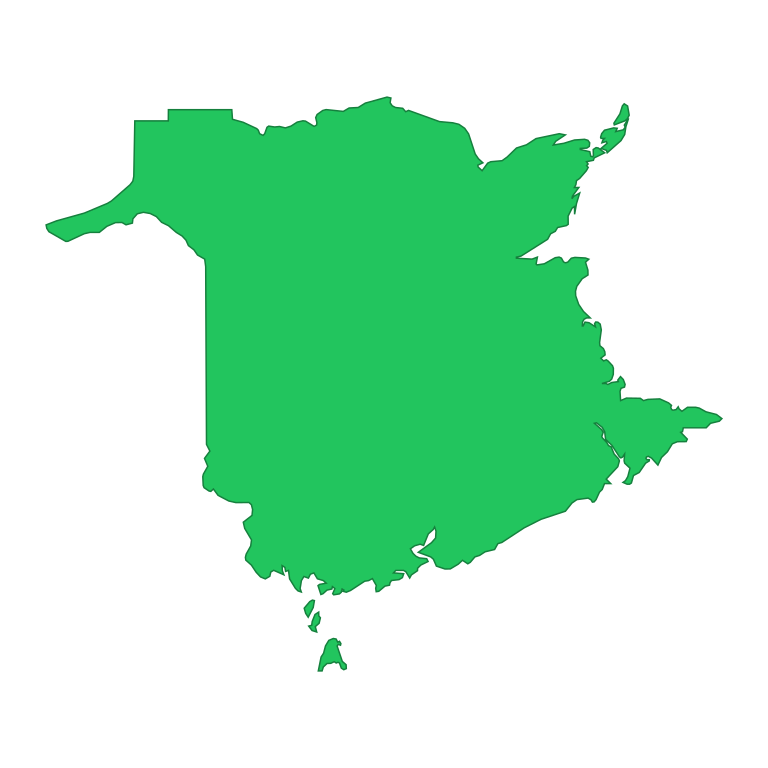 an SVG outline of New Brunswick
{"feature_id": "CAN-684", "entity_name": "New Brunswick", "entity_type": "Province", "adm_level": 1, "iso_a3": "CAN", "parent_name": "Canada", "parent_adm1": "", "projection": "equal_earth", "projection_center": [-65.996, 46.339], "detail": "fine", "context": "isolated", "style": "filled", "palette": "green", "viewbox_px": 768, "rotation_deg": 0, "n_neighbors": 0, "source": "natural_earth", "source_scale": "10m", "svg_char_len": 6125}
<svg xmlns="http://www.w3.org/2000/svg" viewBox="0 0 768 768"><path d="M283.9,574.8L273.7,570.3L270.8,572.0L269.8,576.3L265.3,578.9L260.5,576.9L256.2,572.3L251.4,565.1L245.8,560.1L245.4,557.4L246.2,554.1L250.7,546.0L251.5,539.9L244.7,528.4L243.3,522.2L252.0,515.4L252.6,509.5L251.4,504.7L249.0,502.5L235.9,502.6L228.8,501.0L218.1,495.4L213.4,489.0L210.8,491.4L209.0,491.0L204.1,487.7L203.2,485.5L202.8,476.6L203.4,474.1L207.8,466.3L204.5,458.4L209.9,451.1L206.5,444.4L205.7,266.7L204.7,259.1L197.5,255.0L193.9,249.8L188.4,245.6L186.0,240.2L182.1,236.0L176.3,232.4L168.5,225.7L161.6,222.3L156.4,216.6L150.2,213.5L143.4,212.3L137.3,213.8L132.9,218.8L132.4,223.1L126.0,224.8L122.0,222.5L115.5,222.6L106.9,226.3L99.3,232.4L90.0,232.4L84.3,233.7L67.9,241.3L65.8,241.4L48.9,231.7L46.8,228.4L46.1,224.9L56.4,220.9L84.3,213.1L107.4,203.4L111.4,201.0L130.0,184.8L132.8,181.2L133.8,176.3L134.8,120.9L168.3,120.9L168.4,109.7L231.8,109.7L232.5,119.3L243.2,122.3L256.7,128.6L258.3,130.2L259.6,133.7L263.1,135.4L264.7,133.7L267.0,127.3L268.7,126.1L274.7,127.0L279.5,126.5L285.4,127.9L291.0,126.1L297.2,122.1L302.9,120.8L305.5,121.1L314.1,126.4L316.6,125.1L316.9,122.7L315.7,117.6L317.1,114.5L322.7,110.5L326.1,109.6L343.3,111.4L349.1,108.0L358.2,107.5L365.3,103.1L387.0,97.1L390.9,98.0L390.1,102.7L392.2,105.8L395.5,107.5L402.7,108.3L405.7,111.7L408.5,110.4L439.5,121.6L452.8,122.8L458.9,124.3L464.7,128.3L468.6,133.9L475.2,154.0L478.5,158.8L482.9,162.8L477.8,165.2L478.1,167.0L482.1,170.7L487.7,163.1L490.8,161.7L502.1,160.7L507.2,157.0L516.5,148.0L526.5,144.8L536.0,138.6L559.3,133.7L565.3,134.9L555.7,141.3L553.3,145.0L563.8,143.3L574.5,140.0L584.6,139.3L587.9,140.3L589.7,142.8L589.3,146.4L586.8,148.1L580.3,148.4L580.3,149.5L589.8,151.7L590.8,156.3L592.6,156.7L593.4,155.6L593.2,149.5L596.1,147.6L598.3,148.0L604.7,152.8L594.2,157.9L593.4,160.3L586.5,161.7L588.1,164.0L586.6,165.7L588.2,167.4L586.3,170.8L579.6,178.5L576.5,180.6L575.9,184.6L574.4,187.5L578.8,187.5L572.5,196.0L571.9,198.7L573.7,196.4L579.7,193.0L576.5,203.5L574.6,214.3L574.5,206.6L572.1,208.1L568.1,216.1L568.2,224.3L566.4,225.6L557.6,227.5L555.3,231.3L550.6,233.8L547.6,239.3L521.0,256.1L516.4,257.1L516.4,258.2L532.1,259.1L537.4,257.1L536.1,264.0L537.0,264.9L544.3,263.8L555.2,257.7L559.1,257.1L561.4,258.1L563.5,261.9L565.3,262.8L567.7,262.2L571.3,258.2L574.9,257.4L585.5,258.0L588.8,259.2L585.5,262.2L587.9,270.1L588.0,275.0L582.2,278.7L576.8,286.3L575.5,291.2L575.7,295.8L578.7,304.4L583.5,311.5L590.2,317.9L586.7,317.9L584.1,319.2L582.6,321.8L582.3,325.9L583.2,325.9L585.0,322.1L589.0,322.7L595.5,326.9L594.6,323.6L595.7,322.0L597.9,322.2L600.2,324.1L601.3,329.9L599.6,342.4L599.9,345.7L603.4,348.6L604.8,351.7L605.1,354.9L600.8,358.2L603.6,360.9L606.3,359.8L608.1,361.0L612.5,365.7L613.4,368.3L613.3,374.4L611.7,379.1L609.4,381.3L601.9,383.5L605.9,383.5L607.9,384.5L611.7,382.5L618.4,381.6L617.8,380.1L620.5,376.6L623.3,379.5L625.1,384.4L624.5,387.1L621.0,388.3L620.0,391.4L620.6,400.6L626.4,398.1L640.3,398.3L643.5,400.6L647.8,399.4L659.8,398.9L668.6,402.9L671.5,405.4L670.7,407.3L671.7,409.6L673.0,410.2L676.1,409.6L678.2,406.8L679.1,408.9L681.9,411.3L687.5,407.3L695.8,407.3L699.3,408.1L706.0,411.8L716.5,414.5L721.9,418.6L719.3,421.2L710.5,423.3L706.2,427.8L683.3,427.8L682.5,431.7L680.7,432.3L687.3,439.1L686.2,441.6L677.4,441.7L672.3,443.8L667.4,451.8L661.5,457.5L657.9,465.1L651.6,458.1L648.3,456.3L646.5,456.9L645.9,458.4L646.8,459.7L649.3,459.7L649.3,460.9L645.6,463.2L639.2,472.5L633.5,475.5L631.4,483.0L629.6,484.2L627.1,484.2L623.0,482.4L625.5,480.6L627.8,476.6L630.0,468.2L624.7,463.2L624.1,460.8L624.6,454.0L622.5,457.1L620.9,457.9L619.4,456.8L611.9,445.3L605.6,439.3L604.7,431.8L602.3,427.4L596.5,422.8L594.4,423.3L601.5,429.5L603.2,432.3L601.8,436.4L602.4,437.9L606.9,442.7L608.5,445.6L611.2,446.9L614.1,454.0L618.6,458.9L619.4,460.9L617.8,466.7L606.2,479.1L610.7,483.6L604.5,483.6L602.2,489.5L599.5,492.1L596.0,499.7L594.1,501.9L592.4,502.1L591.0,499.8L588.1,498.1L576.9,499.6L572.0,503.0L565.4,511.2L541.0,519.3L524.2,527.8L501.8,542.5L497.9,543.6L494.6,549.5L485.1,551.8L479.6,555.4L474.9,556.9L470.3,562.3L467.8,563.8L462.5,560.3L458.2,564.2L450.3,568.9L445.0,569.0L436.4,566.1L433.4,559.2L430.7,556.9L418.3,552.3L431.5,542.7L435.6,538.0L436.0,531.1L434.6,527.0L433.2,529.5L428.3,533.9L423.6,545.4L420.1,544.2L414.6,545.8L410.4,548.8L413.0,553.4L415.9,556.2L419.2,557.9L426.7,558.7L428.1,561.5L420.9,565.0L417.6,568.2L417.5,570.7L411.4,574.9L409.7,578.0L405.9,571.8L403.6,570.4L395.8,570.4L393.5,572.9L403.7,573.7L402.4,577.6L399.1,579.6L391.5,580.5L390.0,582.7L389.5,585.2L385.0,586.1L378.8,591.3L376.2,591.7L375.7,588.3L376.3,585.5L372.4,578.6L368.6,580.6L364.7,581.2L350.5,590.5L346.3,592.2L343.0,591.3L343.9,590.1L342.1,589.0L341.3,592.2L339.4,593.9L333.7,594.8L332.7,593.7L334.9,588.5L332.4,586.6L331.9,589.0L327.0,590.1L323.0,593.7L320.9,594.5L318.0,585.6L319.6,584.4L326.2,583.2L323.4,580.6L317.4,578.8L313.9,572.9L310.4,574.2L308.4,578.1L303.9,576.5L301.4,580.6L300.7,585.1L300.1,588.5L301.3,592.0L298.0,590.9L295.4,588.3L289.6,578.9L288.5,570.4L285.6,571.4L284.9,567.4L282.1,565.6L282.4,570.9L283.9,574.8ZM323.6,653.2L325.5,645.9L328.8,640.4L333.3,638.5L336.1,639.0L337.7,642.1L339.5,641.3L340.9,643.6L340.5,645.2L338.2,644.4L337.1,646.0L342.3,661.4L346.1,664.7L346.3,668.6L343.8,669.7L341.3,668.1L339.5,663.0L338.0,662.3L336.2,663.0L334.2,661.7L330.8,663.3L327.0,663.5L323.3,667.0L322.1,670.9L318.3,670.9L321.1,657.0L323.6,653.2ZM625.2,127.2L624.3,125.1L628.6,118.3L625.9,126.7L624.7,134.5L621.0,140.6L607.2,152.8L606.5,150.4L601.1,148.4L607.1,143.3L606.4,141.5L601.9,142.8L602.8,140.1L604.5,138.4L601.0,138.4L600.6,137.2L601.7,133.6L604.5,130.2L613.7,127.9L617.2,128.3L615.7,131.6L623.3,129.8L625.2,127.2ZM619.9,113.9L622.4,105.9L624.2,103.8L627.6,106.0L629.2,115.2L627.3,118.8L624.8,120.9L614.3,124.9L613.9,123.2L619.9,113.9ZM319.1,623.3L315.3,626.6L316.7,632.0L312.0,630.5L308.7,626.1L311.7,625.3L312.2,621.5L315.0,614.5L318.7,612.1L318.8,615.9L320.4,617.8L319.1,623.3ZM313.2,607.5L308.2,617.2L305.7,613.4L304.2,608.2L309.8,601.6L312.4,600.1L314.4,600.6L313.2,607.5Z" fill="#22c55e" stroke="#15803d" stroke-width="1.5"/></svg>